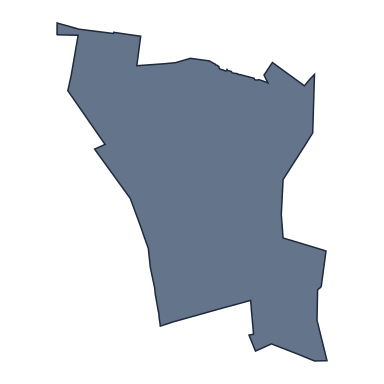 outline of San Nicolás, Tamaulipas, Mexico
{"feature_id": "50627088B43321963844579", "entity_name": "San Nicolás", "entity_type": "district", "adm_level": 2, "iso_a3": "MEX", "parent_name": "Mexico", "parent_adm1": "Tamaulipas", "projection": "albers", "projection_center": [-98.76, 24.622], "detail": "fine", "context": "isolated", "style": "filled", "palette": "slate", "viewbox_px": 384, "rotation_deg": 0, "n_neighbors": 0, "source": "geoboundaries", "source_scale": "gbopen_adm2", "svg_char_len": 1360}
<svg xmlns="http://www.w3.org/2000/svg" viewBox="0 0 384 384"><path d="M57.0,34.6L57.4,34.8L78.1,35.3L77.3,40.1L71.1,75.9L67.8,90.7L104.7,143.9L105.1,144.4L94.6,149.1L118.6,182.3L130.3,198.5L138.3,220.1L142.8,232.6L142.9,233.2L148.3,248.4L150.3,267.3L154.6,287.7L155.4,295.1L156.3,299.7L157.9,309.1L158.6,312.4L158.8,313.4L159.1,317.4L159.4,319.5L159.9,322.8L160.3,326.1L173.5,321.8L210.3,311.5L216.3,309.8L226.5,307.0L236.5,304.3L250.6,300.4L250.9,303.5L251.2,307.1L251.3,308.8L251.5,311.5L251.8,314.3L252.2,319.0L252.3,320.2L252.4,321.5L252.6,323.6L252.8,325.5L253.5,334.2L249.0,335.1L255.5,351.1L271.4,343.9L297.5,354.0L307.7,358.2L314.5,361.0L315.1,360.9L317.0,360.9L317.3,360.9L327.0,360.7L317.0,320.2L317.1,315.3L317.6,289.8L320.6,287.4L321.3,286.1L326.0,251.0L322.0,249.7L283.1,238.0L281.3,214.6L283.1,179.5L306.7,142.6L307.2,141.7L307.5,141.2L312.7,132.9L314.5,74.4L310.1,78.9L304.4,85.8L272.4,62.5L264.0,75.1L267.9,82.9L265.6,82.0L261.9,80.6L258.9,79.7L256.6,80.1L254.5,79.7L254.2,78.3L239.8,74.5L238.3,74.6L237.6,73.7L232.1,72.9L231.4,71.5L227.6,70.5L227.0,69.5L226.4,70.8L224.7,70.8L223.8,70.2L220.3,69.2L219.0,68.1L219.0,66.7L217.0,65.2L215.6,65.0L215.5,64.3L209.3,60.9L190.4,58.3L175.4,62.7L163.4,63.8L136.8,65.7L140.7,36.2L127.1,34.3L113.7,32.3L113.5,33.5L79.1,29.2L57.1,23.0L57.0,34.6Z" fill="#64748b" stroke="#1e293b" stroke-width="1.5"/></svg>